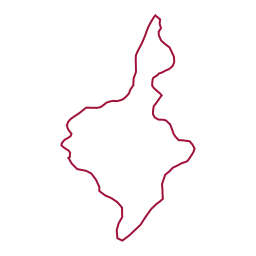 outline of Beylagan District, Beyləqan, Azerbaijan
{"feature_id": "54616110B20470092766685", "entity_name": "Beylagan District", "entity_type": "district", "adm_level": 2, "iso_a3": "AZE", "parent_name": "Azerbaijan", "parent_adm1": "Beyləqan", "projection": "equal_earth", "projection_center": [47.705, 39.846], "detail": "fine", "context": "isolated", "style": "outline", "palette": "rose", "viewbox_px": 256, "rotation_deg": 0, "n_neighbors": 0, "source": "geoboundaries", "source_scale": "gbopen_adm2", "svg_char_len": 1668}
<svg xmlns="http://www.w3.org/2000/svg" viewBox="0 0 256 256"><path d="M155.4,15.4L154.2,16.7L151.7,20.7L149.0,25.6L147.2,29.7L145.3,35.1L143.7,39.0L141.6,43.8L139.3,48.1L137.5,51.6L136.0,55.1L135.7,58.2L136.0,71.9L133.6,78.5L133.3,85.3L130.1,90.0L129.1,93.3L126.3,96.4L123.6,98.9L120.7,100.2L117.0,101.1L112.9,100.9L110.2,101.4L106.4,102.7L103.6,105.0L100.4,107.2L97.1,107.8L91.3,107.8L86.4,107.6L83.8,109.5L80.5,112.2L78.2,113.9L74.3,116.4L72.9,117.4L70.3,119.3L68.0,122.2L66.9,125.3L67.5,127.8L68.7,130.3L71.5,133.7L70.6,136.1L68.4,137.7L64.6,139.8L61.7,143.3L61.4,145.4L63.4,147.1L65.7,148.8L68.4,150.4L70.1,152.6L69.8,157.0L68.4,157.8L71.7,163.5L77.2,169.1L86.0,170.8L91.2,173.4L95.8,179.4L99.3,186.9L99.4,191.1L105.3,195.5L111.3,198.1L117.4,202.2L122.0,207.6L122.2,217.1L118.6,223.4L116.7,230.4L117.4,238.2L119.6,239.3L122.4,240.6L129.3,235.4L140.5,224.8L143.8,219.6L147.4,214.3L151.4,208.8L156.9,203.6L159.5,201.8L162.9,198.8L162.6,195.3L162.4,188.9L162.0,184.2L163.7,179.1L165.2,174.8L169.2,171.5L172.9,167.7L178.3,165.1L181.1,163.5L187.3,161.2L189.4,158.4L191.4,155.4L193.3,152.3L194.6,148.7L192.7,144.9L189.7,141.3L182.4,140.3L178.8,140.2L175.5,136.8L173.5,133.6L172.0,129.3L170.2,124.5L165.9,120.4L162.8,119.7L158.4,119.6L154.6,117.3L152.9,114.0L153.1,110.6L153.7,106.3L154.8,104.9L157.5,101.3L159.3,98.6L161.7,95.4L159.9,93.4L156.7,90.6L153.9,88.2L152.2,85.7L152.2,83.3L152.6,79.7L153.4,77.7L157.0,75.5L158.9,73.5L162.0,72.5L165.1,70.8L169.0,69.1L172.5,66.2L174.2,62.4L174.0,56.9L171.7,51.9L169.6,47.5L164.9,43.9L161.2,40.6L158.9,35.5L158.6,31.8L161.0,28.2L159.6,23.8L160.1,19.4L156.0,16.0L155.4,15.4Z" fill="none" stroke="#9f1239" stroke-width="2"/></svg>